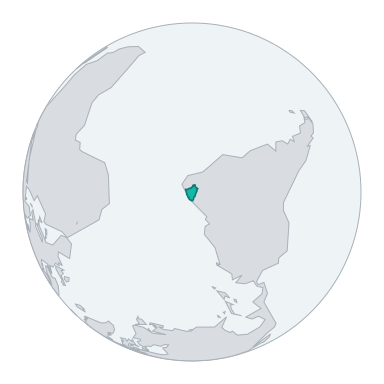 Ceará highlighted on a globe, orthographic projection, rotated 215°
{"feature_id": "BRA-621", "entity_name": "Ceará", "entity_type": "State", "adm_level": 1, "iso_a3": "BRA", "parent_name": "Brazil", "parent_adm1": "", "projection": "orthographic", "projection_center": [-39.568, -5.32], "detail": "fine", "context": "on_globe", "style": "filled", "palette": "teal", "viewbox_px": 384, "rotation_deg": 215, "n_neighbors": 0, "source": "natural_earth", "source_scale": "10m", "svg_char_len": 9439}
<svg xmlns="http://www.w3.org/2000/svg" viewBox="0 0 384 384"><g transform="rotate(215 192 192)"><circle cx="192" cy="192" r="169" fill="#eef3f6" stroke="#a8b0b8"/><path d="M78.8,66.5L77.8,67.5L81.9,63.8L82.4,63.4L94.0,54.4L106.3,46.4L119.3,39.5L132.8,33.8L131.2,34.6L134.7,33.2L135.3,33.6L139.6,32.4L137.6,33.5L142.8,31.6L143.8,30.9L146.4,30.0L149.0,29.4L146.9,30.5L145.3,30.9L146.0,31.0L143.8,31.9L146.4,31.1L143.5,32.8L150.2,30.3L151.1,31.0L148.2,32.5L143.5,33.3L125.0,40.6L120.5,43.3L118.9,45.6L126.5,47.4L123.7,50.3L123.5,53.4L127.3,51.0L128.9,47.8L136.0,44.8L137.0,41.8L140.0,40.3L143.1,37.3L148.0,36.9L151.1,38.2L148.8,40.8L150.1,41.7L156.6,38.8L156.6,43.9L163.8,48.2L163.2,49.9L154.2,53.3L143.2,53.8L131.5,60.2L144.5,55.4L142.8,60.7L144.8,61.5L148.0,61.1L150.8,59.0L151.3,60.9L138.7,65.9L138.0,64.2L142.0,62.4L136.8,63.0L128.3,67.3L128.1,70.1L115.4,75.2L115.1,77.5L112.2,80.2L113.5,76.1L110.9,83.9L96.0,94.3L92.1,109.6L90.0,98.3L85.7,97.6L80.0,98.8L79.2,101.2L72.9,100.7L65.0,107.2L59.1,120.2L58.9,129.5L66.3,128.4L69.9,122.4L76.2,120.4L68.7,136.1L79.1,136.8L76.3,148.6L79.0,154.3L84.9,152.1L90.8,154.4L96.1,147.1L104.1,142.8L103.3,152.4L108.5,143.3L112.4,147.7L129.0,146.5L127.5,148.7L141.2,159.6L157.7,164.4L161.5,171.5L159.4,176.0L165.4,177.2L165.5,180.2L190.8,184.8L204.7,192.5L204.9,202.9L194.6,214.7L188.2,240.3L170.5,248.7L168.0,259.2L157.7,274.5L146.7,273.6L152.0,281.0L147.6,285.7L141.1,286.2L141.8,291.6L137.1,291.9L141.6,295.2L137.0,302.4L141.8,307.9L139.2,313.6L142.6,316.8L140.5,316.8L139.1,318.1L140.0,319.9L132.1,317.2L126.4,310.0L126.6,306.1L123.7,305.6L123.8,295.7L121.8,297.8L116.7,283.3L116.7,271.0L111.1,236.2L106.8,229.5L94.9,222.4L80.3,198.4L83.1,187.8L80.4,183.3L89.2,168.3L87.7,155.5L84.7,154.0L81.3,159.2L72.1,152.3L70.0,143.1L47.9,132.7L47.0,128.6L49.2,121.1L53.2,100.0L46.2,120.8L45.6,117.3L47.2,110.3L48.9,107.9L53.6,97.5L54.6,94.4L63.7,82.1L69.8,75.3L78.8,66.5ZM89.9,115.1L102.0,121.6L93.8,123.3L95.6,121.7L92.8,118.8L87.2,116.5L80.4,119.1L89.9,115.1ZM98.4,105.7L96.2,105.4L98.6,105.1L98.4,105.7ZM140.2,37.9L141.6,37.6L140.3,38.3L140.2,37.9ZM140.2,37.0L137.7,37.9L137.3,37.7L138.9,37.1L140.2,37.0ZM143.4,35.9L137.0,37.1L136.4,36.7L141.8,34.2L143.4,35.9ZM143.0,31.0L142.0,31.7L140.4,31.8L143.0,31.0ZM136.7,32.3L137.8,32.0L138.2,31.8L145.2,29.6L145.4,29.6L142.5,30.5L146.8,29.2L141.3,31.3L132.6,33.8L134.1,33.3L136.7,32.3ZM147.3,29.6L145.3,30.1L147.6,29.2L152.0,28.1L149.9,28.7L147.3,29.6ZM150.7,28.6L154.2,27.7L155.5,27.7L149.4,29.2L150.7,28.6ZM146.3,29.4L147.6,29.0L148.3,28.9L146.3,29.4ZM162.2,27.6L159.8,27.8L160.7,27.2L162.2,27.6ZM155.4,27.4L154.9,27.4L155.0,27.4L157.6,26.8L155.4,27.4ZM154.4,27.3L153.3,27.6L151.7,27.9L154.4,27.3ZM160.4,26.1L160.0,26.5L164.3,26.1L163.6,26.4L156.8,27.1L160.4,26.1ZM156.4,26.8L158.8,26.4L156.7,26.9L153.8,27.6L156.4,26.8ZM162.1,25.8L162.2,25.7L162.7,25.7L162.1,25.8ZM164.0,25.4L163.9,25.4L161.9,25.8L164.0,25.4ZM162.3,25.7L161.3,25.9L161.1,25.9L162.3,25.7ZM171.5,24.3L169.4,24.7L165.1,25.3L167.7,24.8L170.8,24.4L171.5,24.3ZM146.3,323.1L133.3,318.3L140.1,320.4L142.2,317.4L150.0,321.1L146.3,323.1ZM153.5,315.3L157.5,313.6L159.2,314.5L156.9,315.9L153.5,315.3ZM259.2,37.0L256.0,35.7L264.4,39.4L261.1,37.8L262.9,38.6L273.9,44.2L284.5,50.6L294.6,57.7L304.1,65.6L313.0,74.1L321.3,83.2L328.9,93.0L335.8,103.2L341.9,113.9L347.1,125.1L351.6,136.6L355.2,148.4L355.7,153.3L352.3,141.4L335.5,109.1L333.9,105.9L333.7,105.5L333.3,104.8L335.5,110.0L331.4,104.1L344.3,125.6L348.0,135.0L355.8,154.0L355.9,155.7L357.3,159.9L357.5,157.9L359.3,168.3L360.3,178.9L357.2,202.7L355.5,220.8L351.7,236.0L345.1,245.0L341.0,257.1L336.9,260.7L333.5,267.5L327.6,274.3L319.4,280.5L310.5,279.5L313.7,273.2L314.9,260.6L318.2,230.9L324.3,217.9L325.1,207.7L318.3,184.9L320.0,172.8L317.3,167.6L312.1,168.5L308.4,162.4L304.9,162.1L280.3,165.9L270.4,158.2L253.1,135.2L255.8,126.0L252.2,115.9L267.9,83.1L275.9,84.9L293.5,81.8L296.5,83.0L299.4,90.1L316.6,100.2L316.3,94.4L326.9,100.7L330.8,101.6L323.4,88.5L317.0,86.7L310.9,80.1L312.1,76.0L317.0,78.6L314.8,76.2L307.5,69.9L304.4,66.4L304.6,67.5L307.6,70.1L307.8,71.2L305.0,69.0L304.0,67.6L301.3,66.2L306.7,73.7L310.4,77.2L306.1,77.7L311.8,83.7L312.1,86.2L302.5,77.1L300.2,74.0L285.8,64.9L287.8,68.0L301.5,77.1L299.2,76.3L302.0,81.5L297.9,76.9L282.4,66.9L275.6,68.7L274.3,81.5L268.9,82.8L260.9,80.3L254.1,67.3L267.1,66.2L264.8,62.4L255.9,57.2L260.7,57.6L258.6,55.5L262.9,55.3L262.8,50.7L266.3,50.4L260.3,45.1L261.3,44.4L264.5,47.6L268.6,50.0L276.5,50.5L276.2,49.5L271.7,46.2L274.4,47.1L269.1,43.9L270.6,43.4L264.2,41.5L258.7,38.4L256.4,36.6L253.5,35.5L257.2,38.6L259.7,40.3L263.7,42.1L269.6,47.4L268.2,48.2L257.7,42.0L254.5,42.7L247.7,38.3L241.8,31.3L242.4,30.8L250.5,33.5L259.2,37.0ZM268.0,99.1L268.9,102.0L268.0,99.1ZM129.5,146.3L131.4,148.1L128.7,148.3L129.5,146.3ZM91.9,127.1L94.8,127.1L96.1,128.4L93.7,129.0L91.9,127.1ZM117.9,125.4L121.6,126.0L117.5,127.0L117.9,125.4ZM104.0,122.4L115.0,125.3L107.1,128.4L100.3,126.9L105.4,125.7L104.0,122.4ZM95.6,110.9L97.3,111.4L96.3,113.1L95.6,110.9ZM100.2,105.6L99.4,105.8L98.9,104.6L100.2,105.6ZM143.5,60.4L144.6,60.0L147.6,60.1L145.5,61.0L143.5,60.4ZM164.5,55.9L164.9,59.2L163.2,57.3L160.5,58.9L153.5,57.3L162.6,50.8L159.7,53.8L164.5,55.9ZM146.7,54.0L150.1,55.3L146.1,54.2L146.7,54.0ZM243.2,46.4L246.7,47.4L248.0,49.5L243.6,51.3L241.6,48.1L243.2,46.4ZM251.3,48.5L242.0,42.7L244.4,41.8L244.6,43.2L247.1,43.2L248.2,45.5L259.4,51.0L261.3,53.3L252.2,54.5L254.2,52.6L250.6,51.5L251.3,48.5ZM214.3,33.8L210.3,32.5L220.6,32.1L223.1,33.4L218.9,34.9L213.4,34.3L214.3,33.8ZM154.2,31.8L152.0,32.2L152.6,31.7L155.0,31.0L154.2,31.8ZM161.0,27.7L164.4,29.8L162.0,30.3L166.8,31.6L162.6,33.5L159.6,32.5L159.9,35.2L155.5,35.1L156.4,37.0L150.3,34.5L146.4,34.8L152.4,33.6L156.4,31.7L156.9,31.1L155.6,29.6L149.2,30.1L152.1,28.8L156.0,27.7L158.0,27.4L155.4,28.3L159.9,27.3L157.7,28.3L161.0,27.7ZM198.9,23.2L195.1,23.2L203.8,23.6L201.6,23.7L202.8,23.8L203.2,24.1L205.7,24.8L204.0,24.9L205.7,25.2L206.0,25.6L207.8,26.1L205.4,26.5L207.3,27.3L205.1,27.1L209.1,28.3L205.0,27.7L205.1,28.5L209.0,28.7L191.7,32.5L187.6,35.4L186.4,38.4L179.6,37.5L176.3,34.5L175.7,31.0L180.6,28.7L176.6,29.0L177.8,28.1L180.5,28.2L177.1,27.6L178.8,27.0L178.2,25.4L172.3,25.4L172.0,25.1L175.1,24.8L172.6,24.7L178.3,24.1L178.2,23.9L183.7,23.4L189.9,23.3L189.3,23.2L193.5,23.1L198.9,23.2ZM176.9,23.7L181.1,23.4L183.8,23.3L173.0,24.4L172.3,24.6L165.5,25.8L161.8,26.1L164.0,25.6L165.4,25.3L166.0,25.4L166.5,25.1L169.7,24.6L171.0,24.4L173.2,24.2L176.9,23.7ZM296.9,80.6L298.7,81.0L300.8,80.8L302.6,84.4L296.9,80.6ZM286.4,73.8L287.6,73.4L291.2,77.8L289.3,77.6L286.4,73.8ZM285.2,69.7L287.4,73.0L285.1,71.1L285.2,69.7ZM265.3,47.3L266.2,47.0L267.5,47.8L268.4,48.9L265.3,47.3ZM224.2,26.2L221.6,25.8L221.1,25.7L215.3,24.7L216.4,24.8L220.3,25.4L224.2,26.2ZM324.0,90.4L324.7,92.7L323.3,91.3L323.4,90.7L324.0,90.4ZM314.5,88.1L318.2,90.2L315.0,89.0L314.5,88.1ZM224.4,26.2L221.9,25.7L224.0,26.1L224.4,26.2ZM355.0,236.2L344.9,262.1L344.2,261.5L347.4,253.4L353.4,237.4L355.3,233.7L357.2,226.8L355.0,236.2Z" fill="#d9dde1" stroke="#a8b0b8" stroke-width="1"/><path d="M187.1,185.2L187.0,184.9L186.9,184.9L187.0,184.8L187.3,184.8L187.5,184.9L188.0,184.8L188.2,184.7L188.2,184.8L188.3,184.8L188.5,184.7L189.0,184.7L189.3,184.5L189.5,184.6L189.9,184.6L190.2,184.6L190.3,184.7L190.5,184.7L190.8,184.7L191.0,184.9L191.3,185.1L191.5,185.2L191.5,185.3L191.6,185.2L191.8,185.3L192.0,185.4L192.2,185.5L192.5,185.7L192.7,185.8L192.8,185.8L193.1,186.0L193.3,186.1L193.4,186.3L193.5,186.3L193.8,186.4L193.8,186.5L194.0,186.6L194.2,186.8L194.3,186.9L194.5,187.0L194.9,187.2L195.1,187.3L195.2,187.2L195.3,187.3L195.4,187.5L195.5,187.7L195.7,187.9L195.8,188.0L196.1,188.3L196.3,188.6L196.5,188.8L196.8,189.0L197.0,189.2L197.2,189.3L197.3,189.3L197.5,189.6L197.6,189.8L197.8,189.9L197.9,190.0L198.0,190.0L198.3,190.1L198.6,190.2L198.7,190.3L198.8,190.6L198.0,190.9L197.8,190.9L197.4,191.2L197.4,191.3L197.2,191.7L196.8,192.4L196.8,192.5L196.6,192.7L196.6,192.8L196.4,193.1L196.4,193.3L196.2,193.5L195.9,194.0L195.7,194.2L195.6,194.3L195.4,194.2L195.3,194.3L195.2,194.3L195.1,194.5L194.9,194.8L194.9,195.0L195.0,195.2L195.0,195.3L194.9,195.4L194.7,196.0L194.8,196.2L194.8,196.3L194.7,196.3L194.7,196.5L194.4,196.7L194.4,196.8L194.4,197.0L194.5,197.0L194.6,197.3L194.6,197.5L194.8,197.5L195.0,197.6L195.0,197.8L195.0,198.0L194.9,198.1L194.8,198.3L194.7,198.3L194.8,198.4L194.7,198.5L194.5,198.8L194.4,198.8L194.2,198.9L194.2,199.0L193.9,199.2L193.9,199.3L193.8,199.5L193.7,199.5L193.7,199.4L193.5,199.5L193.4,199.5L193.4,199.4L193.4,199.2L193.2,199.1L192.9,199.0L192.9,198.9L192.7,198.8L192.7,198.7L192.4,198.5L192.3,198.4L192.2,198.4L192.0,198.2L191.8,198.1L191.7,198.1L191.2,198.0L190.9,198.0L190.7,198.1L190.3,198.2L190.2,198.2L189.9,198.1L189.2,198.1L189.2,197.9L189.1,197.7L189.2,197.0L189.3,196.9L189.4,196.7L189.5,196.6L189.5,196.4L189.4,196.3L189.4,196.2L188.9,196.1L188.7,196.0L188.6,195.9L188.6,195.7L188.4,195.4L188.4,195.2L188.4,194.9L188.2,194.2L188.2,193.9L188.1,193.7L188.1,193.3L188.0,193.2L188.0,192.9L188.0,192.5L188.0,192.4L187.9,192.3L187.8,192.2L187.7,192.1L187.6,191.9L187.6,191.7L187.5,191.3L187.5,191.2L187.4,191.1L187.3,190.9L187.2,190.8L187.3,190.5L187.2,190.4L187.1,190.1L187.1,189.9L187.1,189.7L187.3,189.4L187.6,189.1L187.5,188.9L187.4,188.6L187.1,188.2L187.1,187.9L187.0,187.7L186.9,187.5L186.8,187.4L186.7,187.3L186.7,187.1L186.7,186.9L186.6,186.7L186.5,186.4L186.5,186.2L187.0,185.4L187.1,185.2L187.1,185.2Z" fill="#14b8a6" stroke="#0f766e" stroke-width="1.5"/></g></svg>